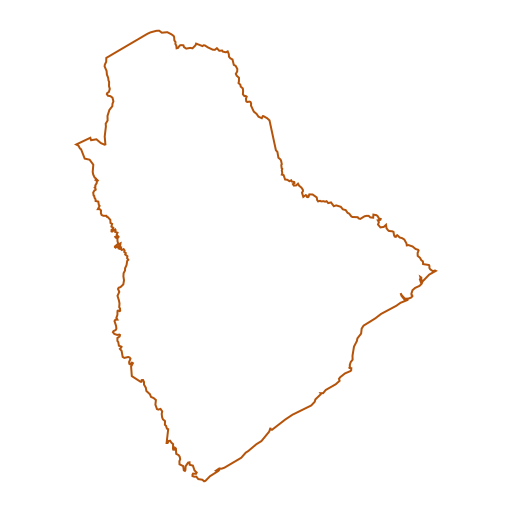 outline of San Carlos, Panama
{"feature_id": "35544464B52564118130817", "entity_name": "San Carlos", "entity_type": "district", "adm_level": 2, "iso_a3": "PAN", "parent_name": "Panama", "parent_adm1": "", "projection": "natural_earth1", "projection_center": [-80.034, 8.53], "detail": "fine", "context": "isolated", "style": "outline", "palette": "amber", "viewbox_px": 512, "rotation_deg": 0, "n_neighbors": 0, "source": "geoboundaries", "source_scale": "gbopen_adm2", "svg_char_len": 6004}
<svg xmlns="http://www.w3.org/2000/svg" viewBox="0 0 512 512"><path d="M202.3,479.7L204.1,481.3L205.5,480.8L210.0,476.2L218.1,471.1L219.3,469.9L219.2,469.0L216.7,470.8L216.1,470.6L219.2,468.5L221.6,468.7L224.4,467.7L241.2,457.8L245.8,452.6L248.3,451.0L256.4,444.2L261.4,441.1L269.2,431.6L270.5,427.8L270.6,429.5L272.0,429.8L285.3,419.5L292.5,414.7L311.2,405.5L314.7,401.8L315.4,399.4L320.7,394.3L321.0,393.7L320.6,393.2L323.1,393.2L325.7,390.0L335.8,384.2L339.6,380.8L339.0,378.8L340.3,377.1L345.0,373.4L350.6,371.0L351.2,370.1L351.3,368.2L349.5,368.0L349.4,367.5L349.9,367.0L349.8,364.9L350.7,362.1L352.6,359.7L352.5,355.7L354.0,346.6L356.9,341.0L357.4,338.4L361.1,333.6L361.7,328.5L363.6,325.6L375.1,318.5L381.1,313.9L396.1,305.9L400.5,302.8L407.5,300.0L407.5,299.1L406.3,299.8L404.6,299.7L401.5,295.8L400.6,293.2L401.7,295.2L404.9,298.7L408.6,298.6L411.2,297.5L412.4,296.2L412.2,295.3L411.5,294.9L411.4,293.6L412.5,290.2L415.1,287.9L419.5,285.9L421.6,283.8L422.2,282.4L421.8,282.0L420.9,282.3L419.9,279.3L420.7,278.4L420.3,276.9L421.3,277.6L421.2,279.8L422.9,281.1L429.2,274.6L435.8,270.9L435.0,270.5L432.9,271.2L430.2,269.3L429.4,268.0L429.4,265.9L428.9,265.0L423.1,264.1L422.9,261.4L421.3,260.2L420.0,257.8L417.7,255.9L417.6,253.0L418.6,250.5L418.2,249.8L415.6,249.0L412.6,246.5L408.6,245.1L406.8,245.4L406.5,243.5L404.3,239.5L402.0,238.1L399.7,237.5L397.3,235.2L396.5,235.5L395.8,236.9L394.7,236.6L394.0,235.1L393.5,231.9L392.3,231.3L389.0,231.0L388.1,230.3L386.5,228.2L386.0,224.8L383.8,226.9L380.4,227.4L378.0,224.5L378.9,222.1L377.8,220.3L380.3,219.8L380.7,219.0L378.8,218.3L377.7,216.2L376.5,215.2L373.4,214.6L373.2,217.7L370.3,217.4L368.7,215.9L366.2,215.9L364.5,216.3L360.3,218.9L358.6,218.4L357.7,217.2L352.4,217.0L351.3,216.4L349.2,213.6L347.6,212.9L345.7,210.1L342.8,209.3L340.8,206.8L336.2,205.4L333.8,206.2L331.0,202.4L328.2,203.1L326.6,201.2L325.1,201.7L323.5,201.2L321.2,201.4L320.0,200.8L318.1,201.4L317.2,200.1L316.7,197.4L312.6,194.5L309.3,194.4L308.5,196.8L307.9,197.2L306.9,196.9L306.7,195.6L305.8,195.1L303.3,196.9L302.0,192.7L303.0,191.0L302.8,189.7L301.4,187.6L299.1,185.7L298.0,183.7L296.2,185.4L293.8,185.6L292.9,184.1L294.5,183.0L294.2,182.0L291.7,181.5L291.2,180.3L289.4,181.2L287.4,179.8L285.1,179.5L283.6,175.1L281.8,174.6L282.3,173.2L281.8,170.3L282.3,168.9L281.6,168.1L281.3,165.0L281.8,164.2L281.1,160.8L280.5,159.5L278.4,157.7L277.4,151.9L275.9,150.2L269.5,120.4L267.1,118.2L263.4,116.1L262.8,116.1L261.8,118.2L258.5,116.7L256.6,113.9L253.8,111.6L251.0,105.6L251.1,103.4L250.5,102.0L249.5,101.6L247.2,102.0L246.3,101.4L245.9,98.8L246.7,96.7L245.7,96.0L244.4,96.1L242.9,94.3L243.1,90.9L242.8,88.4L240.7,86.6L240.4,84.8L238.5,83.0L238.9,81.5L239.0,77.8L236.7,75.7L235.8,73.9L237.2,71.5L237.3,68.9L235.6,65.8L233.8,64.9L232.5,59.5L230.3,58.3L229.0,56.7L228.8,54.1L227.7,51.4L225.9,52.3L222.8,51.6L222.1,50.5L219.3,50.8L216.9,48.2L214.9,49.8L212.8,49.7L207.9,47.4L204.8,45.4L203.5,45.3L202.5,46.1L196.1,43.6L195.5,45.3L192.5,48.3L190.2,47.9L186.2,48.6L184.0,47.1L183.4,45.3L181.0,45.1L179.8,45.5L177.9,48.0L176.6,48.3L176.3,45.7L175.4,44.0L175.5,42.0L174.4,40.5L174.1,37.0L173.6,35.9L171.4,34.3L167.3,32.2L161.8,32.7L159.2,30.7L156.4,30.8L150.4,32.4L147.4,33.8L106.3,57.9L106.2,61.8L104.8,64.7L104.6,66.4L106.6,71.0L106.9,74.6L108.2,77.9L108.5,80.5L109.1,81.8L109.0,86.1L109.8,88.9L108.9,91.9L107.2,93.1L106.8,94.1L107.9,95.7L110.5,96.2L112.5,97.7L113.4,101.4L112.5,103.7L112.3,106.2L109.4,109.9L107.5,115.9L107.6,120.5L105.7,123.7L105.9,126.5L104.7,136.5L105.4,144.4L104.6,144.7L100.9,143.1L96.4,139.3L91.1,140.2L90.3,137.8L76.2,144.5L78.5,145.7L79.9,148.4L81.1,149.3L84.7,158.6L89.6,159.7L93.3,164.7L92.7,171.9L93.2,174.5L94.6,177.5L96.0,178.6L95.6,179.9L97.3,179.9L97.8,180.6L96.7,181.3L96.8,182.9L95.3,185.4L95.4,186.7L94.7,187.6L95.4,188.2L95.7,189.7L94.4,190.5L93.2,192.6L93.6,195.5L94.2,195.9L94.6,197.9L95.5,199.2L95.6,201.0L98.3,201.6L98.8,204.8L99.6,205.9L97.9,209.1L99.6,209.1L101.0,210.4L100.9,213.1L101.6,215.0L103.5,215.8L106.4,215.8L106.8,216.8L107.8,217.1L110.3,219.8L110.5,223.0L112.1,223.9L111.4,226.6L113.3,227.8L113.0,228.8L111.6,229.8L111.5,231.4L112.1,231.6L115.2,229.4L115.6,230.1L115.2,231.9L117.5,232.7L116.7,234.8L118.6,236.9L118.2,237.4L116.4,236.5L115.3,236.8L115.5,237.4L117.4,238.6L117.5,241.2L118.2,243.7L114.9,246.5L114.9,247.1L115.6,247.6L116.2,246.8L117.8,247.4L118.0,246.5L118.8,246.4L119.9,243.6L120.5,243.3L119.9,247.1L119.0,248.6L119.7,248.9L121.1,247.9L121.1,249.3L121.8,250.0L123.6,249.1L124.6,250.5L124.2,251.9L125.8,253.1L125.2,254.5L127.4,256.2L127.1,258.2L128.3,259.8L127.2,260.9L126.5,265.2L125.1,268.2L125.0,270.5L123.6,273.2L123.4,276.3L124.0,280.3L123.3,284.4L120.5,287.1L118.7,287.7L118.0,289.0L119.3,291.9L117.5,295.8L119.0,300.7L119.5,303.5L119.2,307.2L120.0,308.5L120.2,310.7L119.7,311.2L118.1,310.5L117.5,311.0L117.4,314.9L116.4,317.7L117.4,319.6L115.4,319.7L114.5,321.1L116.1,326.0L116.4,328.7L115.6,330.1L113.5,331.1L112.9,332.2L114.4,334.0L117.1,334.9L119.5,334.6L120.0,335.0L119.6,336.5L117.4,338.0L117.4,340.9L118.3,342.2L118.9,345.7L121.5,346.7L121.3,347.4L119.9,348.9L121.6,350.9L122.7,357.0L124.4,357.9L128.2,357.0L129.6,357.5L130.5,358.7L129.1,362.0L129.3,363.8L130.1,364.3L131.9,362.6L132.9,363.2L131.1,366.5L131.8,376.1L140.6,381.8L141.4,381.8L141.7,380.1L143.0,380.0L144.0,382.0L144.0,384.6L145.8,387.7L146.4,391.0L149.9,394.2L151.0,396.9L153.7,398.1L155.9,400.0L155.4,404.7L157.0,409.1L158.3,409.6L160.5,408.9L162.2,411.4L161.7,413.9L162.1,417.2L162.9,419.3L165.0,421.1L164.9,424.8L166.0,425.8L166.9,428.6L168.2,429.2L166.6,443.0L167.6,443.0L168.8,440.9L170.1,440.7L171.5,442.8L173.1,444.1L173.0,448.8L173.3,449.7L174.6,449.7L175.0,447.8L175.9,448.5L176.2,453.8L178.7,455.2L179.7,456.7L180.2,459.2L179.4,461.2L179.5,464.3L183.2,466.1L183.8,470.3L184.9,470.9L185.4,470.1L185.6,466.3L188.1,462.6L189.5,462.3L189.7,464.8L192.9,465.6L194.5,470.4L196.7,472.6L196.0,473.8L193.0,473.6L192.5,474.6L192.5,476.1L194.2,476.7L196.3,476.6L198.3,479.1L202.3,479.7Z" fill="none" stroke="#b45309" stroke-width="2"/></svg>